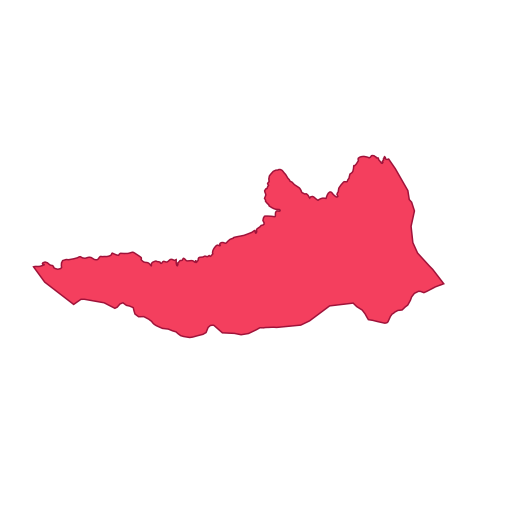 Dalipebinaw, Federated States of Micronesia, rotated 42°
{"feature_id": "79324940B90066431308454", "entity_name": "Dalipebinaw", "entity_type": "district", "adm_level": 2, "iso_a3": "FSM", "parent_name": "Federated States of Micronesia", "parent_adm1": "", "projection": "albers", "projection_center": [138.079, 9.514], "detail": "fine", "context": "isolated", "style": "filled", "palette": "rose", "viewbox_px": 512, "rotation_deg": 42, "n_neighbors": 0, "source": "geoboundaries", "source_scale": "gbopen_adm2", "svg_char_len": 6143}
<svg xmlns="http://www.w3.org/2000/svg" viewBox="0 0 512 512"><g transform="rotate(42 256 256)"><path d="M414.1,151.0L396.2,147.7L391.3,147.4L374.1,145.7L363.6,141.1L351.4,130.2L343.6,116.5L335.7,111.9L332.1,111.5L325.1,105.8L301.1,97.9L289.7,95.2L289.0,96.3L288.3,96.9L287.3,97.1L286.6,96.7L286.2,96.2L285.1,96.2L285.2,97.1L286.0,97.5L285.7,98.6L286.8,99.7L286.5,100.7L286.7,101.4L287.7,101.6L287.8,102.6L287.1,103.1L286.1,102.9L284.8,102.6L282.5,102.3L282.1,101.9L281.3,101.4L280.5,101.9L279.8,102.5L279.3,102.3L278.5,102.1L277.9,102.5L276.7,102.5L275.9,103.0L275.2,103.5L274.7,104.2L274.9,106.1L274.4,107.3L272.8,107.9L271.5,108.6L269.5,109.8L268.2,111.2L267.3,112.5L266.9,113.4L266.6,114.9L266.9,115.5L267.5,116.1L268.1,116.5L268.4,117.0L268.5,117.7L269.0,120.8L268.9,122.8L268.7,123.1L268.3,123.3L268.3,123.6L269.8,125.6L271.1,127.8L271.4,128.6L271.5,129.5L271.4,130.8L271.0,131.9L271.3,132.8L272.2,134.5L272.5,135.1L272.8,135.4L273.0,135.8L273.3,138.0L273.9,139.5L273.9,139.9L273.6,140.3L272.0,141.6L271.7,142.1L271.6,142.5L271.6,144.2L271.6,146.1L272.0,149.4L272.2,150.3L274.2,153.4L274.3,154.5L274.8,155.6L274.8,155.9L276.6,156.7L277.0,157.0L277.0,157.3L276.8,157.7L276.5,158.2L276.0,158.4L274.3,158.6L272.4,158.6L269.9,158.2L269.1,158.3L268.5,158.6L268.1,158.9L267.9,159.6L267.7,160.9L268.0,162.5L268.6,164.3L269.5,166.3L269.1,166.7L268.1,167.3L266.8,168.4L265.9,169.8L265.2,171.4L264.9,172.5L264.9,173.0L264.6,173.2L262.8,173.4L259.4,173.5L258.2,173.9L257.9,174.2L257.0,175.6L257.2,177.0L256.5,176.9L254.3,176.1L252.7,176.0L251.6,176.2L251.0,177.0L250.5,177.4L249.0,177.7L248.3,178.0L247.6,178.1L246.8,177.8L245.5,177.1L243.5,176.5L242.6,176.4L241.8,176.5L236.7,177.3L233.5,177.0L231.2,177.6L229.5,177.0L227.7,176.9L223.5,175.6L221.4,175.4L219.7,175.1L218.2,174.9L216.5,175.3L215.2,176.3L214.6,177.7L213.4,178.8L213.3,179.0L212.2,181.5L212.2,185.6L212.4,187.6L213.2,188.9L213.9,190.1L216.0,192.0L215.9,193.4L216.2,194.5L218.1,195.2L218.2,196.4L219.0,198.6L218.4,199.5L218.6,200.9L218.8,201.8L219.8,202.5L221.0,203.1L222.4,204.0L223.0,205.3L223.5,206.8L223.8,207.5L225.6,208.0L226.5,209.0L229.2,209.4L231.2,209.4L232.3,210.0L235.7,209.4L237.8,208.8L239.5,208.0L240.9,206.9L242.3,205.8L242.9,205.8L243.4,205.9L243.6,206.5L243.6,206.8L243.3,207.1L243.1,207.3L241.7,208.3L241.3,208.7L241.2,209.2L241.2,209.7L241.6,210.9L243.6,213.3L243.8,213.8L243.6,214.3L241.1,216.0L238.6,218.0L236.3,220.0L235.7,220.8L236.1,222.8L236.4,223.3L237.4,225.0L239.8,225.9L240.7,227.1L240.4,228.4L239.4,229.8L239.4,231.8L238.6,235.1L238.8,236.0L239.2,236.5L240.3,237.5L240.6,238.2L240.7,238.9L240.5,239.2L239.9,239.1L238.4,237.9L238.1,237.8L237.8,238.1L237.1,241.2L235.2,245.0L233.2,248.8L232.5,249.7L231.2,251.5L230.1,252.9L228.1,255.6L227.1,257.1L227.0,257.5L227.2,257.9L225.9,260.3L225.5,261.3L225.2,264.0L225.2,265.7L225.0,266.7L224.6,267.1L222.7,267.9L221.7,268.7L221.1,269.7L220.9,270.6L221.1,271.4L221.3,271.6L222.2,271.8L222.4,272.2L222.3,272.4L222.0,272.8L220.3,273.5L219.9,274.0L219.6,274.7L219.5,275.7L219.6,277.7L219.9,279.4L220.4,280.9L221.1,282.1L221.7,282.9L222.5,283.3L222.5,286.6L221.7,286.9L220.9,287.0L220.5,288.7L220.2,289.1L219.8,289.4L218.7,289.9L218.2,290.2L217.9,290.6L217.2,292.3L216.3,293.3L215.4,294.2L214.9,294.9L214.7,295.5L214.7,296.0L214.9,296.6L215.8,297.8L215.9,298.4L216.0,300.0L215.9,300.5L215.2,299.9L214.6,299.8L214.3,300.0L214.8,300.8L214.9,301.3L214.5,301.6L212.8,301.7L212.0,302.0L211.1,302.6L208.5,305.4L207.8,305.9L207.1,306.1L205.2,305.9L203.8,306.1L203.6,306.4L203.6,306.8L204.0,308.5L203.7,309.1L202.9,309.8L202.6,310.3L202.7,312.0L202.5,313.4L203.6,314.5L204.1,315.8L203.8,316.0L203.4,316.0L202.3,315.3L201.1,314.3L199.1,312.1L199.0,312.3L198.5,313.7L197.9,314.0L196.1,314.6L195.3,315.1L194.6,316.0L194.4,317.3L194.3,318.5L194.1,319.5L193.7,320.2L193.1,320.7L191.5,321.4L190.9,321.8L190.6,322.6L190.7,324.1L190.6,324.7L190.3,325.1L189.8,325.2L188.8,324.8L188.5,324.9L187.5,325.4L186.5,326.2L185.0,326.7L184.5,327.4L184.0,328.4L183.4,329.7L183.3,330.5L183.3,331.1L183.5,331.8L184.7,333.1L184.7,333.4L184.1,333.5L183.0,333.2L181.6,333.1L180.3,333.3L179.2,333.9L178.0,334.8L176.7,335.5L175.3,335.7L173.3,335.6L173.0,335.5L172.5,334.6L172.1,334.2L171.7,334.0L171.2,334.0L169.2,334.2L164.0,335.0L162.6,335.3L161.8,335.7L161.2,336.5L159.7,339.0L158.9,340.0L156.3,342.4L153.7,344.5L153.4,344.8L153.2,345.8L153.2,346.2L153.4,347.2L153.3,347.6L151.9,348.4L150.1,349.1L147.3,350.0L147.2,350.2L147.2,350.7L147.6,351.5L147.6,352.5L147.3,353.5L146.5,354.9L145.6,356.1L144.9,356.8L144.1,357.4L142.1,359.4L141.0,360.1L140.6,360.6L140.5,361.6L140.7,363.9L140.6,364.7L140.2,365.3L139.6,365.9L138.1,366.8L134.6,367.4L133.2,368.2L132.2,369.3L131.6,370.3L130.5,372.1L128.3,373.5L126.0,374.0L125.2,374.9L124.5,376.8L122.3,380.2L119.2,384.2L117.3,385.6L115.4,388.8L116.1,391.3L117.8,393.4L119.2,394.6L119.2,396.1L117.6,398.5L115.1,399.7L114.0,399.9L113.4,400.0L112.7,399.4L111.3,399.2L109.3,400.4L107.4,400.6L105.6,400.6L103.3,401.6L102.2,403.5L102.4,404.6L103.5,404.9L104.7,403.7L103.7,405.9L102.4,408.2L101.1,409.6L99.2,411.2L98.1,412.5L97.9,412.9L116.5,416.8L152.9,414.0L154.9,405.3L157.4,403.0L174.4,392.4L186.1,389.3L187.1,386.9L187.0,382.7L188.4,379.8L192.7,379.4L195.5,377.8L199.3,376.5L202.2,378.5L204.9,380.1L209.4,379.7L213.2,376.1L218.7,374.7L220.7,374.6L222.1,374.4L223.8,374.8L226.0,374.9L228.4,374.5L231.0,373.7L234.9,372.4L239.7,369.0L243.9,367.5L247.3,365.9L250.0,365.9L253.3,365.6L256.0,364.3L258.2,362.9L261.3,360.9L263.2,358.6L266.0,354.2L269.0,349.7L270.1,346.3L268.2,341.1L268.6,338.1L270.4,336.1L271.3,335.7L282.4,335.6L291.8,327.9L297.6,324.5L302.3,318.6L305.6,310.6L306.9,306.7L309.6,304.4L310.9,302.8L313.1,300.7L315.0,298.8L316.8,297.1L319.1,295.3L335.5,277.4L339.2,268.4L344.1,243.8L359.7,226.0L364.7,226.2L371.1,225.1L375.8,226.0L379.2,227.2L382.1,228.1L385.8,225.7L390.2,223.4L396.4,219.9L397.3,219.0L398.0,217.8L398.1,216.6L396.3,210.9L396.0,208.0L396.5,206.5L396.7,204.8L397.9,201.4L398.6,200.7L400.7,198.3L401.0,193.9L401.6,191.0L400.4,185.7L399.0,182.2L398.7,177.8L400.4,173.5L402.0,172.2L405.3,170.9L406.5,168.2L410.0,158.8L414.1,151.0Z" fill="#f43f5e" stroke="#9f1239" stroke-width="1.5"/></g></svg>